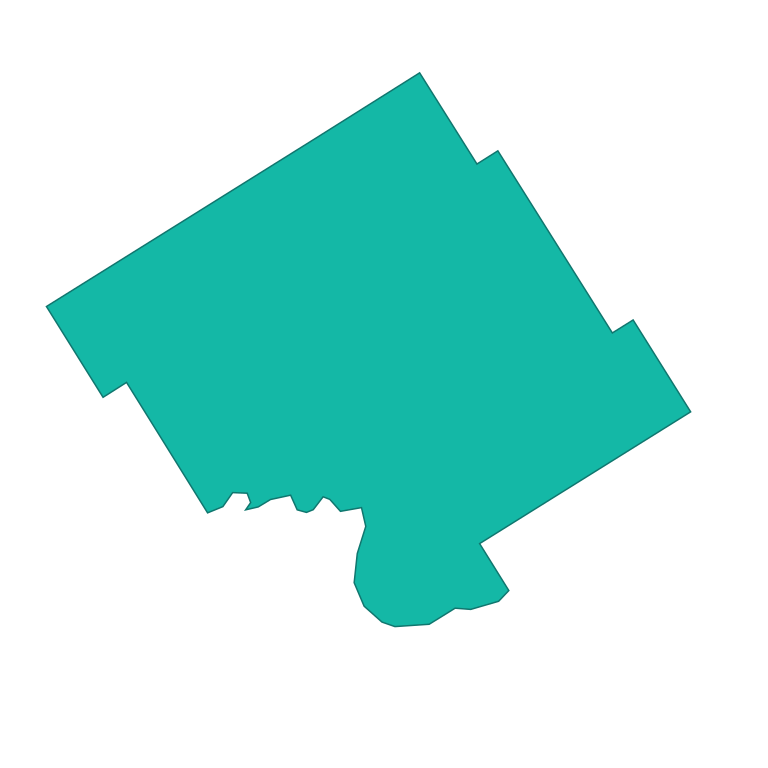 Mountrail, North Dakota, United States of America, rotated 328°
{"feature_id": "52423323B97339274287027", "entity_name": "Mountrail", "entity_type": "district", "adm_level": 2, "iso_a3": "USA", "parent_name": "United States of America", "parent_adm1": "North Dakota", "projection": "natural_earth1", "projection_center": [-102.535, 48.15], "detail": "fine", "context": "isolated", "style": "filled", "palette": "teal", "viewbox_px": 768, "rotation_deg": 328, "n_neighbors": 0, "source": "geoboundaries", "source_scale": "gbopen_adm2", "svg_char_len": 663}
<svg xmlns="http://www.w3.org/2000/svg" viewBox="0 0 768 768"><g transform="rotate(328 384 384)"><path d="M138.8,139.4L138.7,246.4L166.5,246.2L166.4,300.9L166.1,399.8L182.4,402.6L198.1,395.9L210.1,404.1L208.1,413.9L200.0,417.4L212.2,421.6L226.5,421.8L245.9,428.8L243.7,444.7L250.2,451.8L257.4,453.1L272.6,447.4L276.9,453.1L279.6,468.9L299.4,476.9L293.1,495.1L271.5,513.6L253.4,536.7L249.4,561.9L256.1,584.8L264.7,595.5L295.0,611.7L325.5,611.8L338.1,621.1L366.1,629.0L380.4,625.3L380.5,570.0L629.3,570.1L629.2,461.7L604.7,461.7L604.1,246.6L579.4,246.7L579.1,139.0L453.4,139.4L390.9,139.4L138.8,139.4Z" fill="#14b8a6" stroke="#0f766e" stroke-width="1.5"/></g></svg>